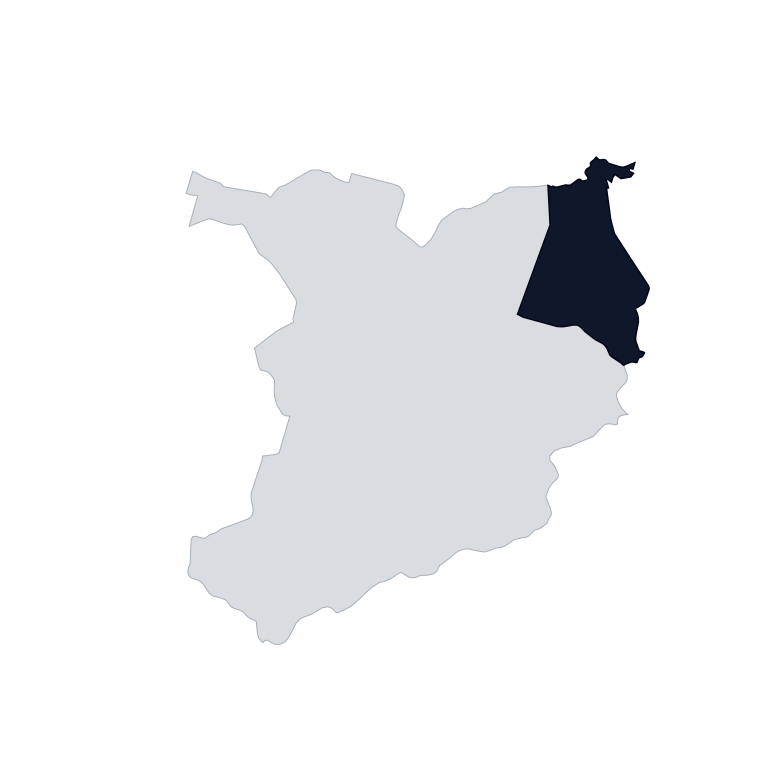 South Sudan, with Eastern Equatoria highlighted, rotated 286°
{"feature_id": "SDS-892", "entity_name": "Eastern Equatoria", "entity_type": "State", "adm_level": 1, "iso_a3": "SSD", "parent_name": "South Sudan", "parent_adm1": "", "projection": "natural_earth1", "projection_center": [34.12, 4.76], "detail": "fine", "context": "in_parent", "style": "filled", "palette": "ink", "viewbox_px": 768, "rotation_deg": 286, "n_neighbors": 0, "source": "natural_earth", "source_scale": "10m", "svg_char_len": 5813}
<svg xmlns="http://www.w3.org/2000/svg" viewBox="0 0 768 768"><g transform="rotate(286 384 384)"><path d="M572.6,586.3L553.0,609.0L551.6,610.4L549.2,612.2L541.3,612.2L533.1,611.1L525.6,605.2L517.9,609.7L513.1,611.2L510.2,611.7L503.4,612.4L493.8,614.9L489.5,617.9L487.1,620.3L485.2,624.8L484.2,625.2L482.5,624.7L480.0,622.9L474.9,620.4L472.3,614.7L470.0,611.3L468.0,609.5L459.9,615.1L456.0,616.5L452.7,616.3L446.9,613.1L440.4,610.4L437.0,610.5L432.0,613.8L426.3,618.9L423.4,623.9L421.9,626.8L420.0,622.3L418.0,619.4L415.3,618.3L409.9,619.4L408.5,617.8L408.3,613.9L407.5,610.4L406.1,607.7L401.9,605.0L391.1,599.5L382.8,588.7L378.6,583.6L375.5,580.4L371.2,571.8L366.3,565.9L360.3,563.2L356.3,564.5L352.2,570.8L344.5,576.8L341.0,577.0L336.5,573.8L330.9,571.5L320.7,570.5L316.5,573.3L310.9,577.8L306.3,580.5L303.4,580.8L300.7,579.8L297.6,579.2L295.0,579.1L289.5,574.9L286.7,571.9L284.9,569.0L281.8,567.0L278.2,565.3L275.6,562.7L274.4,559.5L272.3,555.3L269.7,551.5L261.4,544.8L258.9,540.8L257.2,536.9L253.8,532.6L250.2,526.9L249.1,518.5L248.9,511.7L248.2,508.6L246.7,505.4L244.9,502.8L242.0,499.8L235.2,495.4L228.3,490.4L224.9,487.5L218.5,486.4L214.8,483.5L211.6,477.2L210.3,472.1L207.1,468.2L205.7,465.3L205.0,462.1L207.6,452.0L203.9,448.5L198.4,443.9L194.4,438.9L192.0,434.3L185.0,428.2L169.6,419.0L160.7,413.2L155.9,408.0L151.6,402.9L151.2,400.8L154.0,395.7L154.4,391.5L152.2,386.8L143.0,378.1L135.7,368.5L130.1,365.5L116.7,362.8L112.9,361.8L108.9,359.9L104.9,355.6L103.6,350.5L105.6,342.3L104.4,339.8L102.1,339.1L102.7,337.4L105.3,333.4L109.5,330.9L120.6,326.8L121.2,325.3L121.5,320.2L122.4,317.7L126.3,310.6L126.8,307.7L127.0,301.7L127.6,298.9L128.7,296.8L131.8,293.3L132.8,291.2L133.3,286.6L133.1,277.4L134.6,273.8L141.7,265.5L143.6,261.8L144.2,258.5L144.2,255.1L144.6,251.8L146.7,248.5L148.5,247.5L153.7,246.5L157.2,247.2L181.7,241.5L184.6,242.3L185.9,245.6L185.7,251.0L186.1,253.6L187.4,255.5L191.3,258.0L194.0,262.3L195.4,263.9L199.3,266.8L217.4,291.3L222.6,293.6L227.6,292.8L237.5,287.7L242.5,286.4L277.2,287.8L281.1,287.1L281.3,287.2L286.5,299.5L289.0,302.2L327.1,302.4L326.4,298.9L326.9,295.0L333.6,287.5L334.6,286.6L340.5,283.0L346.2,280.6L357.3,277.8L361.3,273.3L363.5,269.3L363.6,261.3L365.1,260.0L367.7,258.1L380.5,251.0L382.7,249.5L405.2,266.1L417.8,279.2L418.6,279.9L419.2,280.1L419.9,279.6L420.5,279.0L422.0,278.5L427.4,278.3L437.7,277.6L441.0,276.1L461.6,252.6L466.9,245.1L468.2,243.6L471.2,238.2L474.4,229.1L475.0,228.0L497.5,206.0L498.3,204.3L498.5,202.9L495.2,195.5L494.4,191.7L494.3,185.9L495.0,176.9L494.8,171.2L494.4,169.7L494.3,169.4L481.8,153.2L513.5,153.0L513.5,151.0L513.4,150.3L512.8,148.4L512.5,145.8L512.5,144.4L512.7,143.1L512.7,142.3L512.6,141.7L512.6,141.4L512.8,141.2L535.6,141.5L535.3,146.1L532.5,156.8L532.5,163.3L531.9,170.7L531.1,172.8L529.9,174.6L529.5,175.5L529.5,176.3L534.2,217.6L533.8,219.3L532.6,221.9L532.3,222.7L532.2,223.4L532.7,223.8L543.2,228.3L543.7,228.6L544.1,228.9L547.9,234.2L568.6,253.8L569.3,254.8L571.4,260.9L571.7,261.9L571.8,263.4L571.7,264.5L571.2,268.2L571.3,269.8L571.7,270.9L572.0,272.2L572.0,272.6L571.8,273.5L568.7,280.6L567.7,285.7L567.4,289.9L567.6,292.4L567.9,294.0L568.2,294.6L568.5,294.8L577.5,294.9L577.4,297.1L578.6,334.3L578.6,338.5L578.3,343.8L577.2,345.8L574.7,348.8L571.5,351.5L563.4,352.2L556.7,352.1L552.0,351.5L545.5,351.3L539.3,351.8L537.1,354.1L529.0,373.9L526.4,378.9L525.8,381.7L526.5,383.5L529.7,386.0L536.7,389.5L544.6,391.5L550.6,392.4L554.6,393.4L557.7,394.5L569.1,403.4L572.7,407.6L574.7,411.3L575.2,415.3L576.8,419.2L587.1,431.6L596.9,437.4L600.7,444.0L604.4,447.2L607.8,450.7L609.6,455.8L613.9,470.7L616.8,478.5L619.7,484.9L620.9,495.2L623.2,499.9L625.6,505.5L629.6,510.6L633.8,514.5L634.6,515.6L592.0,564.0L572.6,586.3Z" fill="#d9dde1" stroke="#a8b0b8" stroke-width="1"/><path d="M634.6,515.6L634.8,516.3L634.5,516.9L634.1,517.5L633.8,518.1L633.7,518.8L633.9,519.3L635.5,522.2L636.2,523.1L637.1,523.6L638.2,523.4L639.3,522.5L641.3,520.0L642.3,519.2L643.2,519.0L644.2,519.0L645.2,519.2L646.1,519.4L647.2,520.2L649.2,522.1L650.4,522.5L651.5,522.2L652.4,521.7L653.3,521.5L654.5,521.9L657.6,524.1L660.3,525.3L660.5,525.8L659.2,528.0L658.9,529.3L659.0,530.3L660.0,532.4L660.4,533.8L660.4,534.9L660.0,536.0L658.2,538.7L658.0,539.4L657.8,551.1L658.2,553.8L659.4,556.1L665.9,564.1L662.8,564.1L659.2,564.1L659.1,560.8L657.2,560.7L655.9,561.8L655.6,564.1L655.3,565.8L651.1,564.1L648.7,559.2L646.8,555.2L649.1,548.3L645.5,547.0L640.7,547.0L642.5,542.7L641.5,541.3L637.7,543.7L634.3,545.8L633.5,544.0L630.2,545.4L626.2,547.1L621.8,549.1L617.9,550.8L614.3,552.4L610.4,554.1L605.7,556.0L602.4,557.9L599.1,559.8L595.8,561.8L592.0,564.1L587.2,569.6L582.3,575.2L577.5,580.8L572.6,586.3L568.7,590.9L564.8,595.4L559.4,601.7L554.8,607.0L551.3,611.1L551.0,611.2L549.3,612.5L547.2,612.7L539.5,612.3L538.4,612.2L535.1,612.0L533.6,611.7L532.6,611.1L526.5,605.4L525.6,604.9L524.7,605.3L521.8,607.8L518.1,610.0L514.0,611.4L506.5,612.1L497.7,612.9L495.6,613.5L486.7,619.7L486.2,620.5L486.1,621.2L486.3,623.2L486.3,624.0L486.1,624.8L486.1,625.2L485.8,625.7L485.2,625.7L482.2,625.0L481.4,624.5L480.6,623.6L480.3,623.0L479.7,621.9L479.2,621.6L478.8,621.5L475.0,621.3L474.3,620.9L474.0,619.9L473.9,617.4L473.7,616.3L473.0,615.0L469.6,610.6L468.4,609.5L468.2,609.3L468.3,608.3L469.5,606.2L472.7,596.1L473.6,594.0L474.5,592.8L479.5,588.7L481.1,586.8L482.3,585.1L483.2,582.9L485.0,574.6L489.5,563.3L492.2,558.7L493.2,556.6L493.7,554.7L493.8,553.0L493.3,551.0L492.6,549.0L488.8,541.3L488.1,539.2L487.0,534.3L486.6,499.3L487.8,493.1L582.7,499.8L620.1,486.9L620.2,487.6L619.7,488.7L619.6,489.4L619.5,490.0L619.8,490.6L620.6,491.6L620.7,492.2L620.6,493.0L620.5,493.6L620.4,494.2L620.5,495.0L620.9,496.2L624.8,502.6L625.5,504.1L625.9,507.3L626.4,508.4L628.6,510.2L632.4,512.8L634.3,514.5L634.6,515.6Z" fill="#0f172a" stroke="#020617" stroke-width="1.5"/></g></svg>